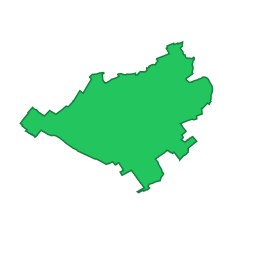 the district of Rosiesti, Vaslui, Romania, rotated 153°
{"feature_id": "2599482B21360728377334", "entity_name": "Rosiesti", "entity_type": "district", "adm_level": 2, "iso_a3": "ROU", "parent_name": "Romania", "parent_adm1": "Vaslui", "projection": "robinson", "projection_center": [27.895, 46.447], "detail": "fine", "context": "isolated", "style": "filled", "palette": "green", "viewbox_px": 256, "rotation_deg": 153, "n_neighbors": 0, "source": "geoboundaries", "source_scale": "gbopen_adm2", "svg_char_len": 5634}
<svg xmlns="http://www.w3.org/2000/svg" viewBox="0 0 256 256"><g transform="rotate(153 128 128)"><path d="M210.0,187.2L209.7,186.5L218.1,182.9L221.9,180.9L221.6,180.3L220.6,178.8L221.0,178.7L221.5,178.0L220.5,176.0L219.8,174.3L218.7,172.6L220.6,171.7L220.2,171.4L219.9,171.1L219.6,170.8L219.5,170.1L219.0,169.5L218.9,169.2L218.9,168.8L218.7,168.6L218.4,168.1L217.6,167.3L217.5,166.6L217.1,166.5L217.0,166.1L216.9,166.0L216.6,166.2L216.2,166.1L216.2,165.9L216.5,165.8L216.5,165.6L216.3,165.4L216.4,165.2L216.2,165.1L216.0,164.9L216.0,164.7L215.7,164.5L215.6,164.3L215.6,164.1L215.5,163.9L214.8,162.9L215.1,162.8L215.0,162.6L214.7,162.3L214.8,162.1L214.1,162.1L213.6,162.3L212.2,162.9L212.2,163.0L211.9,163.2L210.6,163.7L207.8,164.9L206.5,165.4L202.8,159.7L202.4,158.8L201.4,157.7L200.5,157.1L200.0,156.2L198.8,155.6L197.2,155.0L196.8,154.7L195.6,153.5L193.0,149.5L191.3,145.6L189.8,141.9L186.5,135.9L186.0,134.8L183.6,131.9L183.4,130.9L183.1,130.2L181.6,128.2L177.2,122.7L175.6,120.6L174.3,119.0L171.4,115.2L170.6,115.1L169.4,113.7L168.8,112.7L167.0,110.3L164.6,106.6L163.9,105.4L161.4,105.3L161.4,105.0L157.0,104.8L156.1,100.9L154.5,100.7L154.4,101.2L154.3,101.3L153.5,101.4L152.1,101.4L152.0,101.2L151.8,99.1L151.8,98.0L151.6,97.4L151.3,95.1L151.4,92.4L155.0,92.3L154.8,88.6L150.2,88.6L144.2,88.8L144.1,88.1L143.9,86.7L143.2,83.5L143.2,82.8L143.1,82.4L142.8,80.8L142.8,80.4L142.5,77.5L142.1,76.0L141.9,74.4L141.7,73.4L141.7,73.0L141.5,72.1L141.4,71.9L141.1,70.2L140.8,68.2L140.7,67.4L148.6,67.0L147.8,65.5L144.6,65.7L142.7,65.6L142.8,64.8L141.6,64.5L141.1,64.5L140.0,64.9L139.2,64.2L137.8,64.4L136.6,64.6L136.0,64.7L136.0,64.8L136.7,66.2L136.8,66.6L136.7,66.8L135.2,67.9L134.7,68.3L133.5,68.1L131.4,67.6L129.8,67.6L128.7,67.6L126.5,67.3L124.7,66.8L124.0,66.6L123.2,66.5L121.9,68.0L121.0,68.9L117.1,70.9L117.1,72.1L117.6,73.3L117.3,74.1L117.0,76.3L117.3,81.5L117.1,82.1L116.9,83.9L117.2,85.8L117.8,87.8L117.7,87.9L115.6,88.3L114.5,88.3L112.8,88.9L110.9,88.9L106.4,89.5L104.4,90.1L103.7,90.5L103.7,90.3L103.5,89.9L102.7,89.9L102.2,89.0L102.1,88.3L101.4,87.4L101.0,86.7L100.8,86.8L99.8,85.1L98.0,85.6L97.8,84.9L97.5,83.3L97.3,82.6L97.3,82.0L96.8,79.0L96.4,77.5L96.2,76.5L96.4,76.0L90.9,78.2L90.6,78.0L90.3,78.0L88.4,78.2L86.9,78.8L85.6,79.0L85.4,79.2L85.3,79.5L84.6,80.5L84.4,80.9L83.9,81.4L83.9,81.7L84.0,82.2L84.0,82.6L72.8,85.0L74.3,91.0L74.6,91.1L76.0,90.7L76.7,90.7L77.7,90.9L78.2,90.9L78.5,90.5L79.7,89.8L80.4,90.5L80.6,90.5L82.6,89.7L83.6,89.5L84.2,90.4L85.9,93.3L85.4,93.4L84.5,93.9L83.5,94.2L83.1,94.5L83.0,94.9L83.1,95.6L83.0,96.2L83.2,97.4L78.3,98.5L78.0,98.7L77.7,98.8L78.3,101.1L78.7,103.1L78.8,103.9L78.8,104.6L78.9,105.4L79.1,107.1L79.4,108.1L71.8,107.5L67.7,106.9L66.6,106.6L65.9,105.7L65.5,105.4L62.5,104.9L61.4,107.7L55.6,106.8L53.7,111.5L53.6,112.0L52.7,111.7L52.4,111.8L45.7,114.1L45.0,112.4L44.8,112.2L43.5,113.4L42.2,113.9L42.0,114.1L41.9,115.4L41.5,115.7L41.2,115.8L40.7,116.5L40.5,117.0L39.8,118.0L39.6,118.8L39.5,119.1L38.7,120.0L38.0,120.5L36.4,122.2L35.5,123.5L34.7,125.0L34.7,124.9L34.3,126.6L34.1,128.2L34.3,129.3L34.4,132.8L34.3,134.5L34.4,135.1L34.9,136.6L35.2,137.0L35.9,137.9L36.5,138.5L37.2,139.0L38.5,139.2L39.0,139.4L39.6,138.9L43.3,139.5L43.5,139.2L47.3,140.0L49.7,140.1L49.9,139.7L50.5,139.7L50.9,140.3L51.6,140.4L52.8,140.9L53.7,143.2L54.2,143.9L54.0,145.7L46.0,146.9L45.5,147.1L45.6,148.1L45.5,148.6L42.8,151.8L42.2,153.4L42.1,153.6L42.3,154.4L42.3,154.7L41.9,155.4L41.4,156.1L41.0,156.4L40.5,156.9L39.9,158.0L39.5,158.4L38.1,158.8L37.3,159.9L37.1,160.4L37.2,160.9L37.4,161.2L37.7,161.2L38.7,160.8L39.8,161.0L41.4,162.2L44.0,163.6L44.3,163.9L44.6,164.9L44.3,165.8L44.3,166.6L44.1,167.0L44.2,167.3L45.2,168.2L45.2,168.6L44.8,170.1L44.5,171.4L44.8,172.3L45.1,174.2L45.0,174.9L44.8,175.5L44.6,175.7L43.0,176.0L42.7,176.1L42.3,176.3L42.1,176.7L41.8,177.7L41.1,178.5L40.3,179.8L45.0,180.1L44.9,181.0L49.1,181.4L48.8,182.7L55.9,183.3L56.3,182.6L56.6,181.4L57.7,181.6L57.5,175.5L64.4,176.0L68.4,176.5L71.1,176.7L71.4,176.1L71.0,175.1L71.1,174.8L71.2,174.6L71.2,174.2L71.3,173.8L72.7,173.3L73.6,173.2L73.8,172.7L74.6,172.1L74.8,172.0L75.5,172.1L76.4,173.0L77.7,173.4L78.1,173.5L80.3,173.4L80.9,173.1L81.0,173.2L81.0,173.4L81.5,173.4L81.8,172.7L82.0,172.4L83.4,172.4L84.0,173.1L84.4,172.6L84.7,170.8L84.9,170.7L86.0,170.6L86.3,170.3L87.0,170.4L87.3,170.2L87.7,170.3L87.9,170.6L88.7,171.0L88.9,170.9L89.8,171.7L91.4,172.5L91.5,172.7L92.0,172.4L92.4,172.3L92.9,172.3L93.3,171.8L94.0,171.8L94.3,171.7L94.6,171.4L94.8,171.4L95.0,171.1L95.7,171.0L96.1,171.1L96.7,171.5L97.0,171.5L96.5,173.4L99.2,174.0L101.3,174.8L101.7,174.9L102.4,175.2L104.5,176.5L104.9,176.5L105.6,176.4L106.4,176.6L108.9,178.8L109.0,179.1L109.7,179.6L110.8,180.2L112.8,180.5L112.9,180.4L112.5,178.2L115.5,178.0L119.3,178.5L120.6,178.9L121.5,178.5L124.4,178.1L124.8,178.2L126.1,178.1L126.6,178.2L126.9,178.1L127.6,178.5L128.1,178.4L128.2,178.5L128.2,179.6L128.4,179.8L128.4,180.2L128.6,180.7L128.6,181.3L128.7,181.6L128.6,182.1L128.7,182.3L128.1,183.4L128.0,183.8L126.8,186.9L126.7,187.5L126.4,187.6L125.0,187.6L124.5,187.8L124.5,188.4L124.6,188.5L125.6,188.9L128.8,190.0L130.4,190.2L131.2,190.2L135.5,191.9L139.1,190.9L139.1,190.5L138.4,188.1L146.5,183.1L152.0,179.5L152.3,179.5L152.7,180.2L153.7,182.6L154.0,183.1L164.2,176.7L164.5,177.1L165.3,176.4L167.1,175.6L168.9,175.0L170.0,174.5L171.7,174.0L173.1,175.6L177.6,174.4L186.2,172.9L187.4,175.3L188.7,177.2L189.8,179.1L195.6,177.1L196.1,177.1L197.1,176.8L198.9,179.8L199.6,181.2L199.9,181.4L200.2,182.0L200.4,182.5L201.0,184.9L201.4,185.7L201.9,186.4L202.5,186.9L203.5,188.6L203.5,188.9L203.5,189.4L203.6,189.7L210.0,187.2Z" fill="#22c55e" stroke="#15803d" stroke-width="1.5"/></g></svg>